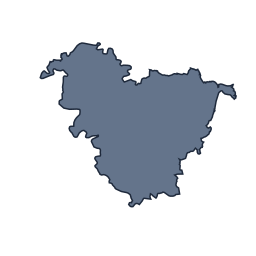 Tepehuacán de Guerrero, Hidalgo, Mexico (Natural Earth projection), rotated 284°
{"feature_id": "50627088B76659971388370", "entity_name": "Tepehuacán de Guerrero", "entity_type": "district", "adm_level": 2, "iso_a3": "MEX", "parent_name": "Mexico", "parent_adm1": "Hidalgo", "projection": "natural_earth1", "projection_center": [-98.818, 21.069], "detail": "fine", "context": "isolated", "style": "filled", "palette": "slate", "viewbox_px": 256, "rotation_deg": 284, "n_neighbors": 0, "source": "geoboundaries", "source_scale": "gbopen_adm2", "svg_char_len": 5907}
<svg xmlns="http://www.w3.org/2000/svg" viewBox="0 0 256 256"><g transform="rotate(284 128 128)"><path d="M54.1,147.2L54.0,147.5L53.2,148.0L52.5,149.4L52.5,150.6L52.9,151.8L55.9,153.2L56.6,153.9L56.8,154.4L57.0,155.9L56.5,157.5L60.6,159.4L63.3,160.1L63.7,160.6L64.5,167.3L66.5,165.9L69.6,165.7L69.2,167.0L68.1,168.8L66.8,172.0L67.0,172.3L69.2,172.7L71.1,172.6L71.8,173.0L72.2,174.7L72.8,175.4L73.2,176.5L74.2,177.3L74.3,178.5L74.1,179.2L72.2,184.0L72.1,185.5L72.8,188.2L73.8,189.8L75.0,190.4L76.4,194.1L82.1,191.6L82.8,189.6L83.8,188.6L84.8,188.2L87.5,188.1L88.1,188.4L89.2,187.7L90.3,187.9L91.3,188.4L92.4,187.2L93.7,184.7L95.2,187.1L96.6,192.3L100.1,190.4L99.9,188.9L100.4,188.3L104.1,187.7L104.7,187.4L105.0,186.8L105.3,186.6L106.2,187.0L107.1,186.8L107.2,186.5L108.0,186.7L109.0,186.4L110.1,185.4L109.9,186.3L110.0,187.5L112.1,190.7L112.6,191.2L115.9,191.4L116.7,191.2L118.4,191.7L119.1,193.3L120.6,194.5L120.9,196.0L121.6,197.1L124.7,198.3L123.6,200.3L121.1,201.2L120.0,202.2L119.9,203.3L120.9,204.4L121.3,204.4L122.0,203.8L123.4,203.3L124.3,202.4L125.5,203.2L126.6,203.5L127.0,203.9L127.2,204.7L128.0,204.6L128.4,204.8L129.3,204.2L129.8,204.1L131.9,204.4L132.6,204.8L132.8,203.4L133.3,202.4L135.6,201.3L136.1,202.5L137.7,204.2L138.1,205.0L139.4,206.3L140.8,207.1L141.2,207.7L142.2,208.0L144.2,208.0L144.4,208.7L146.7,209.0L148.1,208.7L148.9,207.6L147.4,206.2L147.6,204.9L149.2,203.3L150.4,204.2L152.1,204.8L154.4,204.9L154.8,205.1L155.3,206.4L159.1,207.2L161.2,207.1L163.3,207.4L163.8,207.2L165.0,207.9L165.3,207.3L166.1,208.0L167.1,207.1L167.4,207.6L167.8,207.6L169.2,207.4L175.3,207.0L183.9,207.5L184.8,207.9L186.6,209.3L186.8,210.0L186.4,210.9L185.7,211.4L184.5,213.8L184.6,216.9L184.9,219.0L184.6,219.8L183.2,221.5L182.2,223.6L181.7,224.1L183.3,225.3L183.7,225.0L185.1,225.2L185.5,224.9L185.1,224.0L185.2,223.2L186.3,224.0L187.9,223.7L189.3,222.8L189.6,221.4L190.2,221.7L191.6,221.0L192.7,218.6L193.5,219.4L194.9,219.3L195.4,219.7L195.7,219.4L193.7,217.1L192.9,214.5L192.8,212.8L193.2,208.9L193.1,207.3L192.2,205.6L189.7,206.0L189.3,205.5L191.3,204.6L192.8,202.7L193.7,201.0L193.9,199.2L193.4,197.7L193.0,197.6L192.7,196.5L193.0,196.2L192.3,195.4L192.0,194.4L192.0,193.8L191.3,192.5L190.6,192.6L190.5,192.3L191.1,192.2L191.1,191.1L190.2,190.5L191.2,189.1L193.9,186.4L195.0,185.7L196.6,185.7L197.4,185.1L197.1,184.4L198.2,184.3L198.3,184.6L198.9,184.2L199.7,183.3L200.3,183.1L200.6,182.3L201.8,181.6L201.7,181.1L200.7,180.4L200.8,179.6L200.6,179.4L201.1,178.3L200.9,177.3L201.2,176.8L200.9,176.1L201.1,175.8L201.3,174.1L200.5,174.3L198.2,173.1L196.8,173.0L196.4,173.2L194.2,172.4L194.3,168.9L193.2,168.0L193.0,167.3L192.8,166.2L192.9,162.4L192.1,162.5L192.0,160.4L191.8,159.7L190.9,158.5L190.2,157.9L188.3,154.7L188.5,153.4L188.1,151.9L188.3,150.7L187.7,148.7L188.8,144.7L189.7,143.4L190.0,142.7L190.5,142.7L190.6,141.9L190.3,140.8L190.2,139.6L189.7,139.0L189.3,137.8L189.4,137.4L189.9,136.8L189.8,134.8L189.0,135.4L187.9,135.3L183.9,136.2L183.2,136.0L181.7,134.2L181.1,133.8L180.4,132.7L180.4,131.6L179.8,130.6L178.7,129.6L174.4,129.6L173.7,128.3L173.9,127.9L173.8,127.2L172.0,126.3L171.7,125.6L171.7,125.1L172.3,124.5L173.7,124.8L174.9,124.3L175.0,121.0L175.7,119.0L171.8,113.4L171.8,113.1L173.9,110.7L174.7,110.4L177.0,111.3L178.1,113.7L179.8,116.1L180.3,116.4L181.1,116.3L182.4,114.0L183.6,113.7L184.4,114.2L185.7,116.3L186.7,116.6L188.0,116.3L188.6,115.4L188.9,114.4L188.7,112.4L187.9,108.5L186.9,106.7L186.8,106.3L187.2,105.5L188.0,104.7L188.6,104.7L189.5,105.3L191.1,105.2L191.8,103.9L191.8,102.0L191.5,100.5L191.7,99.9L194.0,99.1L197.1,95.6L199.8,94.6L200.9,93.4L201.1,91.7L200.6,90.1L198.9,89.6L195.2,89.7L194.6,89.0L194.3,87.5L194.2,86.0L194.5,85.6L195.6,85.0L197.9,84.9L198.2,84.7L198.4,84.2L196.6,79.8L197.2,78.2L200.2,78.9L202.3,80.8L203.0,80.6L203.5,79.7L203.3,78.4L203.1,78.0L200.8,77.5L200.4,76.4L200.1,74.6L199.6,64.8L199.3,62.7L198.0,60.7L195.7,58.8L189.6,56.3L188.2,55.3L186.9,53.9L185.1,53.8L183.2,52.7L183.2,51.6L183.5,51.3L185.9,49.8L185.4,47.9L184.2,46.3L184.0,45.6L183.1,46.0L182.9,45.5L182.6,45.7L181.9,45.4L180.7,46.0L180.5,45.8L180.2,45.9L179.8,46.8L178.8,47.4L178.5,47.4L177.8,46.5L176.7,46.4L176.6,46.1L177.2,45.5L177.2,45.0L176.5,42.2L176.4,39.6L176.0,39.2L174.7,39.3L174.0,38.0L173.3,37.4L173.6,36.4L170.2,36.1L167.5,34.8L167.0,34.8L164.4,36.8L163.1,38.5L162.3,38.5L161.5,37.3L161.5,36.2L163.1,33.1L162.7,32.2L160.2,31.0L155.6,30.7L155.1,31.9L155.6,33.6L159.9,39.4L161.9,42.6L162.8,42.9L163.7,42.7L165.0,41.5L165.8,41.3L167.1,41.5L167.5,41.9L167.5,43.4L167.0,44.4L166.9,45.3L167.1,48.0L167.3,49.0L168.5,50.7L168.5,51.4L166.3,54.5L165.7,56.0L164.9,56.7L163.8,56.6L163.2,55.8L163.2,54.2L162.9,53.5L161.6,53.0L156.9,54.1L151.8,54.6L149.8,55.5L148.9,55.5L147.3,56.6L145.1,55.8L140.2,57.3L138.0,55.0L137.3,54.8L134.6,55.4L131.8,60.9L132.0,66.7L134.0,73.8L134.3,76.5L133.9,77.0L132.1,77.6L129.8,77.9L129.2,77.8L125.6,75.6L123.1,74.6L120.2,74.2L116.6,74.9L115.7,71.8L115.0,71.1L113.4,71.0L111.6,72.0L110.4,73.5L109.9,74.6L106.8,77.5L106.3,78.9L106.7,80.2L107.1,80.8L111.4,81.9L113.6,83.5L114.5,84.6L115.0,85.8L113.9,88.5L112.8,89.3L111.0,89.0L109.2,89.0L108.9,89.2L108.6,90.2L109.2,92.4L111.2,94.7L112.0,96.1L113.0,99.6L113.3,100.3L113.8,100.6L113.8,100.9L113.2,101.2L112.5,101.1L108.9,96.6L107.5,95.7L106.7,95.7L106.0,95.8L101.4,99.6L100.9,103.0L101.2,105.2L100.7,106.0L99.9,106.6L97.2,107.1L95.5,107.8L94.4,107.9L94.1,107.7L93.4,105.8L92.4,103.8L91.7,103.3L90.7,103.1L89.7,103.7L87.7,106.0L86.9,106.6L86.3,106.7L85.5,106.4L83.5,105.1L83.0,105.2L82.4,105.6L80.9,108.1L78.7,109.8L76.9,111.7L76.3,112.0L76.0,113.7L76.9,115.7L76.9,117.1L76.6,118.7L75.6,120.7L73.7,122.7L73.3,122.9L72.5,122.6L71.6,122.6L70.3,123.1L70.4,124.6L70.0,126.1L69.1,126.7L67.2,129.6L66.4,130.1L65.9,131.1L64.8,136.9L65.0,142.1L64.9,143.6L63.9,146.2L61.8,147.5L61.0,147.8L58.5,150.0L57.9,149.6L56.4,149.5L56.3,148.3L55.8,147.5L54.1,147.2Z" fill="#64748b" stroke="#1e293b" stroke-width="1.5"/></g></svg>